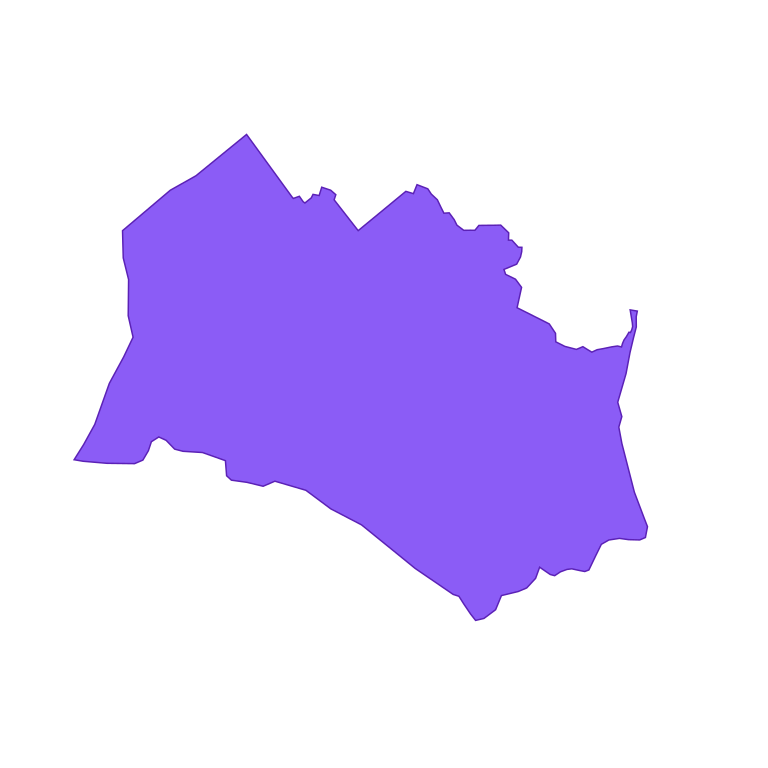 the district of Progreso, Canelones, Uruguay, rotated 196°
{"feature_id": "84410073B80692498878624", "entity_name": "Progreso", "entity_type": "district", "adm_level": 2, "iso_a3": "URY", "parent_name": "Uruguay", "parent_adm1": "Canelones", "projection": "natural_earth1", "projection_center": [-56.258, -34.654], "detail": "fine", "context": "isolated", "style": "filled", "palette": "violet", "viewbox_px": 768, "rotation_deg": 196, "n_neighbors": 0, "source": "geoboundaries", "source_scale": "gbopen_adm2", "svg_char_len": 1883}
<svg xmlns="http://www.w3.org/2000/svg" viewBox="0 0 768 768"><g transform="rotate(196 384 384)"><path d="M160.6,523.9L167.8,523.1L162.2,511.3L160.8,507.7L160.8,504.3L161.3,501.4L162.8,501.3L164.1,496.2L165.4,492.6L165.9,488.8L165.9,485.1L170.0,484.9L175.3,482.5L183.1,478.4L188.6,475.7L193.0,471.9L198.6,473.4L203.1,474.7L208.6,470.3L220.5,470.0L230.5,471.9L233.1,480.0L241.7,487.3L277.1,494.0L278.4,514.8L286.5,521.0L297.3,522.9L300.3,527.2L289.5,535.8L287.8,543.7L288.1,549.2L289.1,553.4L292.6,552.5L300.7,557.5L304.0,556.6L305.8,563.7L315.6,568.9L322.7,566.7L326.8,565.5L336.5,562.6L339.0,556.8L343.4,555.6L349.7,553.7L357.7,556.8L361.8,561.3L368.5,566.5L373.5,564.7L378.0,569.6L383.5,575.8L390.9,579.6L395.7,583.7L407.2,584.7L408.2,575.1L416.1,575.2L451.1,524.3L482.7,547.3L482.5,552.7L488.7,555.6L498.1,556.0L498.3,547.3L504.5,546.7L505.2,542.9L509.9,536.2L511.9,536.9L517.1,541.1L522.3,537.4L523.9,538.4L584.9,586.0L622.2,532.3L642.8,511.4L677.6,459.3L669.4,433.3L658.3,414.0L648.7,379.1L638.1,359.8L641.7,338.3L648.2,308.9L650.9,265.4L656.0,243.1L661.0,225.8L651.9,226.8L628.5,231.4L601.8,238.7L594.8,244.4L592.1,254.9L591.7,264.4L585.9,271.0L577.9,269.8L567.3,263.7L558.7,263.9L539.6,268.1L515.3,266.6L510.0,252.4L504.2,249.5L488.6,251.7L472.0,252.4L462.1,260.5L429.8,260.3L400.7,249.3L366.8,242.4L329.4,226.5L303.2,215.3L259.5,200.8L253.5,200.6L246.5,194.4L237.3,186.7L230.8,182.0L223.3,186.2L214.5,197.8L212.8,213.0L197.8,221.5L190.6,227.3L184.7,239.0L183.9,250.8L178.3,248.9L171.7,246.7L167.1,246.8L162.6,252.1L157.0,256.2L152.5,258.1L144.8,258.6L139.3,259.1L135.8,261.7L133.1,277.6L130.9,289.8L124.9,296.0L115.1,300.5L106.0,301.8L95.2,304.6L90.4,308.5L91.4,319.5L96.2,325.8L113.5,349.0L138.9,392.3L146.4,407.3L146.4,418.2L154.3,430.9L154.2,460.7L156.2,482.1L156.9,497.4L157.2,508.4L160.1,518.2L160.6,523.9Z" fill="#8b5cf6" stroke="#5b21b6" stroke-width="1.5"/></g></svg>